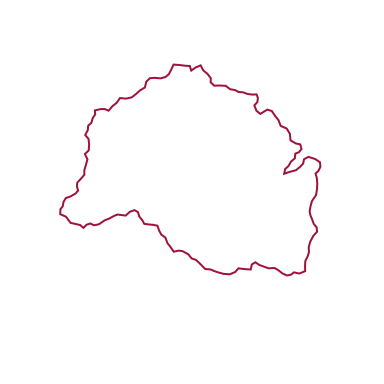 Senhora dos Remédios, Minas Gerais, Brazil, rotated 333°
{"feature_id": "56859067B9863701766336", "entity_name": "Senhora dos Remédios", "entity_type": "district", "adm_level": 2, "iso_a3": "BRA", "parent_name": "Brazil", "parent_adm1": "Minas Gerais", "projection": "albers", "projection_center": [-43.6, -21.04], "detail": "fine", "context": "isolated", "style": "outline", "palette": "rose", "viewbox_px": 384, "rotation_deg": 333, "n_neighbors": 0, "source": "geoboundaries", "source_scale": "gbopen_adm2", "svg_char_len": 2258}
<svg xmlns="http://www.w3.org/2000/svg" viewBox="0 0 384 384"><g transform="rotate(333 192 192)"><path d="M209.1,287.7L212.5,283.7L216.6,283.4L218.8,287.5L222.5,291.5L225.8,294.9L231.1,297.2L233.5,301.0L235.5,305.5L238.8,309.5L242.4,310.6L246.4,309.9L250.6,313.4L256.9,313.9L259.1,309.3L261.6,305.0L266.0,301.7L268.9,298.7L270.9,294.2L274.7,290.0L280.3,286.1L285.5,284.1L287.0,279.9L286.0,275.7L286.6,270.9L286.9,266.7L288.0,262.7L291.0,258.7L294.7,254.6L301.2,251.0L304.3,246.7L307.3,241.7L309.6,236.1L310.5,231.6L314.2,230.6L317.8,227.9L319.5,223.7L316.8,218.6L311.6,213.5L306.6,213.7L304.0,217.1L299.8,218.6L294.5,219.8L288.3,218.4L282.4,217.6L285.3,213.9L289.9,212.6L293.8,209.9L298.9,208.7L301.5,204.7L305.2,205.1L309.1,203.4L310.1,198.8L306.5,195.8L303.2,190.7L305.6,184.8L305.2,178.5L301.0,173.3L301.7,167.4L300.5,161.6L299.9,156.1L296.5,152.8L292.3,153.1L288.3,153.4L286.3,148.7L286.9,143.1L291.0,141.6L293.4,138.2L293.8,134.3L289.8,132.5L285.9,129.8L282.8,126.4L279.0,124.1L276.6,120.7L272.6,117.7L270.3,112.7L264.3,109.3L260.1,107.4L258.4,102.8L260.4,99.2L259.4,93.7L257.2,88.6L257.2,83.1L251.7,82.7L246.5,83.5L247.2,78.7L243.4,76.5L239.3,73.7L233.4,70.1L228.8,73.7L224.9,76.5L220.6,77.5L215.6,76.5L210.5,73.3L206.2,71.5L201.3,73.0L197.5,77.5L191.6,77.9L186.9,79.2L181.3,80.3L175.7,78.9L170.5,75.6L165.2,78.4L160.1,79.4L154.6,81.7L151.8,78.4L148.1,76.6L142.5,75.2L141.0,78.9L137.1,81.1L133.7,84.7L129.6,85.8L127.3,89.5L122.7,92.8L123.9,97.7L122.1,102.6L118.9,108.0L113.8,109.6L113.7,115.4L109.2,120.3L105.8,123.9L104.0,127.7L99.5,129.6L94.1,131.5L92.0,134.8L91.2,139.0L87.5,140.5L81.8,140.8L76.9,140.1L73.0,142.5L70.4,146.0L67.0,147.6L64.5,151.9L68.5,156.8L69.8,164.4L74.4,168.2L77.4,170.7L79.0,174.7L83.2,173.3L87.1,173.9L89.6,177.2L94.5,178.5L101.3,177.6L106.6,178.1L111.3,177.9L115.5,178.3L118.8,180.6L122.2,182.9L127.7,181.4L132.6,182.1L134.7,185.4L133.9,189.9L134.9,194.7L135.0,198.7L139.1,201.5L142.8,203.8L145.9,206.4L145.2,211.6L145.3,216.0L147.6,220.4L146.9,226.5L147.8,230.8L148.6,236.9L153.5,238.2L156.6,240.3L160.4,245.7L161.5,251.0L164.8,254.4L166.9,260.5L168.8,266.6L173.2,269.3L175.9,272.5L178.6,275.3L183.0,279.3L188.3,282.5L194.2,282.9L198.7,281.1L204.2,284.8L209.1,287.7Z" fill="none" stroke="#9f1239" stroke-width="2"/></g></svg>